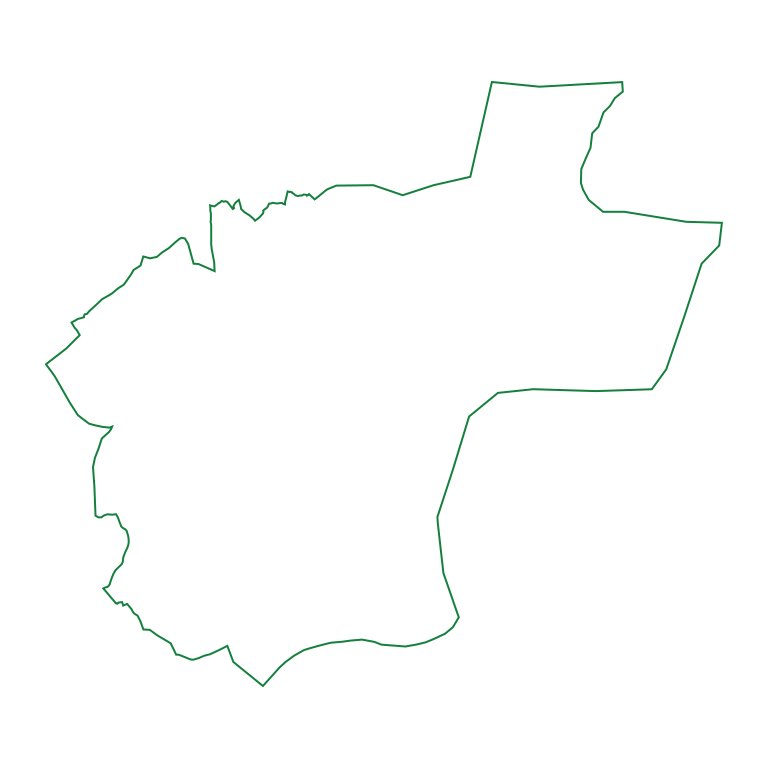 the district of Orumba South, Anambra, Nigeria
{"feature_id": "59680162B16963737840115", "entity_name": "Orumba South", "entity_type": "district", "adm_level": 2, "iso_a3": "NGA", "parent_name": "Nigeria", "parent_adm1": "Anambra", "projection": "robinson", "projection_center": [7.202, 6.0], "detail": "fine", "context": "isolated", "style": "outline", "palette": "green", "viewbox_px": 768, "rotation_deg": 0, "n_neighbors": 0, "source": "geoboundaries", "source_scale": "gbopen_adm2", "svg_char_len": 3150}
<svg xmlns="http://www.w3.org/2000/svg" viewBox="0 0 768 768"><path d="M491.9,82.0L470.3,176.8L433.6,185.2L402.7,195.2L373.4,185.2L336.4,185.6L329.2,188.5L326.8,189.6L314.7,199.4L309.0,194.1L307.5,195.5L306.9,195.6L306.6,194.9L303.9,194.5L303.0,194.9L301.9,195.5L299.9,195.5L299.0,195.8L297.9,196.1L297.1,195.8L295.5,195.3L294.3,194.3L293.8,193.7L292.5,193.2L292.1,192.4L290.2,191.7L289.7,192.0L287.7,191.4L286.7,195.5L286.4,197.0L285.0,202.3L285.0,204.4L283.3,203.9L282.1,202.9L276.7,203.5L272.8,202.8L270.9,203.5L269.1,203.6L267.3,207.4L265.8,208.6L264.5,209.4L263.2,210.6L263.5,211.6L263.0,213.4L259.9,216.9L257.7,218.8L255.0,220.7L253.6,218.9L249.7,215.5L244.5,212.2L241.1,208.9L240.7,206.3L238.9,199.9L236.9,201.5L235.1,203.2L233.4,206.2L234.1,208.1L232.8,209.0L227.5,202.0L225.5,201.2L223.7,201.7L221.7,200.9L219.8,202.7L218.6,203.2L217.1,204.5L214.4,206.4L213.0,206.1L210.1,205.4L210.3,206.4L210.3,210.7L210.9,213.6L210.9,219.5L210.6,222.0L211.2,224.9L211.2,244.5L211.7,249.1L214.2,262.4L214.6,271.1L198.4,264.0L193.6,263.7L188.2,244.0L184.9,238.5L181.6,237.8L179.3,239.0L175.6,242.0L169.0,248.0L161.9,252.6L156.9,256.9L150.2,258.3L143.3,256.5L140.5,265.6L133.6,269.9L130.8,274.8L123.8,284.7L118.3,288.2L111.5,293.8L102.1,299.2L95.9,305.1L89.0,311.4L87.0,313.9L84.7,314.3L83.9,316.2L83.9,317.3L80.7,318.2L78.0,318.9L71.5,322.5L73.4,325.7L74.6,327.7L76.9,330.3L79.7,335.1L66.3,348.5L46.1,364.1L46.1,364.5L51.5,371.7L54.8,376.4L59.3,384.2L69.6,402.3L77.9,415.2L79.9,416.7L82.0,418.4L89.1,423.7L95.9,425.5L102.6,426.9L109.5,427.6L112.1,426.6L111.2,428.9L109.4,431.6L101.8,438.5L98.6,448.5L95.0,457.6L93.0,467.1L94.4,486.7L95.5,515.6L98.3,517.3L101.3,517.3L104.1,515.4L107.4,514.3L112.5,514.7L116.0,514.2L117.9,517.4L119.7,522.5L121.3,526.5L122.9,528.0L125.3,529.3L126.7,531.0L128.1,535.7L128.6,538.9L128.7,542.6L128.2,545.3L127.3,547.8L125.2,552.2L123.3,557.3L122.8,561.8L121.6,564.3L118.1,567.7L115.5,570.2L113.5,573.7L112.0,577.3L110.4,581.9L109.7,584.3L108.4,586.2L107.3,587.0L105.5,587.4L103.3,588.4L115.8,603.2L116.4,603.2L116.5,603.5L117.5,603.7L118.5,602.6L122.1,602.1L123.2,605.6L127.1,603.9L131.6,609.3L133.0,612.0L134.3,613.6L137.6,615.7L140.3,621.0L143.4,629.5L149.7,629.8L157.4,635.4L170.7,643.3L176.2,654.7L178.0,654.6L180.3,655.3L190.7,659.5L193.2,659.7L199.0,658.0L204.0,655.8L210.2,654.2L219.0,650.1L227.3,645.9L233.4,662.0L262.9,686.0L273.7,674.0L279.5,667.5L285.4,662.1L294.2,655.6L303.9,650.1L310.7,648.0L322.3,644.8L331.0,642.7L342.6,641.7L350.4,640.6L355.1,640.2L362.0,639.6L374.5,641.9L381.3,644.6L389.4,645.3L390.0,645.3L405.4,646.5L417.2,644.4L425.7,642.3L433.5,639.1L445.1,633.7L452.9,627.2L458.8,617.3L456.7,611.4L451.0,594.9L443.4,573.0L438.4,528.6L437.9,524.3L437.4,517.0L453.0,469.3L469.1,416.5L497.9,392.9L533.2,389.2L546.4,389.6L565.7,390.2L595.8,391.1L647.8,389.4L651.9,389.2L666.3,369.2L684.2,316.8L701.6,263.7L719.2,245.5L721.9,222.8L686.2,221.8L624.5,211.8L603.1,211.8L596.2,206.1L588.7,199.9L583.0,189.6L580.9,182.9L581.3,169.0L585.6,158.8L590.5,147.8L592.2,133.3L598.5,126.7L603.5,112.4L610.0,106.0L614.9,98.0L622.8,91.6L622.2,82.1L539.4,86.7L491.9,82.0Z" fill="none" stroke="#15803d" stroke-width="2"/></svg>